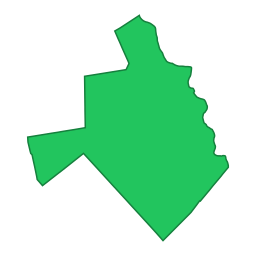 the district of Hidalgo, Coahuila, Mexico
{"feature_id": "50627088B72428644166662", "entity_name": "Hidalgo", "entity_type": "district", "adm_level": 2, "iso_a3": "MEX", "parent_name": "Mexico", "parent_adm1": "Coahuila", "projection": "albers", "projection_center": [-99.978, 27.853], "detail": "fine", "context": "isolated", "style": "filled", "palette": "green", "viewbox_px": 256, "rotation_deg": 0, "n_neighbors": 0, "source": "geoboundaries", "source_scale": "gbopen_adm2", "svg_char_len": 3643}
<svg xmlns="http://www.w3.org/2000/svg" viewBox="0 0 256 256"><path d="M42.5,185.6L54.2,176.5L55.1,175.8L56.1,175.0L59.4,172.4L59.5,172.4L69.9,164.2L83.5,153.4L83.7,153.6L85.6,155.7L85.9,156.0L99.2,170.5L102.3,173.9L114.8,187.6L115.0,187.7L116.2,189.1L121.7,195.1L126.4,200.2L130.0,204.2L144.3,219.8L148.7,224.6L155.7,232.3L155.8,232.4L163.0,240.6L190.8,212.6L191.0,212.4L194.4,207.9L194.5,207.8L199.7,200.8L200.3,201.1L202.9,198.0L209.5,190.1L213.0,185.7L219.1,178.5L221.6,175.5L221.6,175.4L222.8,173.9L228.3,167.3L228.3,167.2L228.3,166.4L228.3,165.5L227.8,163.3L227.4,162.0L226.6,160.6L225.9,158.9L225.9,158.5L225.7,157.1L225.6,156.8L225.4,156.2L225.1,155.9L224.8,155.8L224.5,155.7L223.4,155.6L222.5,155.7L222.3,155.7L221.7,156.0L221.2,156.1L220.9,156.1L220.5,155.9L220.3,155.8L220.1,155.8L219.3,155.9L219.1,155.9L218.7,155.9L218.3,155.8L217.4,155.8L216.5,155.5L216.2,155.4L215.7,155.1L215.4,155.0L215.3,154.9L215.2,154.9L214.8,154.6L214.7,154.5L214.6,154.3L214.4,154.1L214.1,153.7L213.9,153.4L213.9,153.2L213.8,152.4L213.9,151.9L214.3,150.6L214.8,149.3L215.2,148.2L215.4,146.9L215.4,146.3L215.2,145.6L214.8,144.8L214.5,143.9L213.9,142.0L213.7,140.9L213.7,139.9L213.9,138.9L214.0,137.9L214.3,137.3L214.5,136.8L214.6,136.0L214.6,135.2L214.5,134.9L214.4,134.4L214.1,133.4L213.7,132.3L213.0,131.0L212.3,129.7L212.2,129.5L212.0,129.4L211.8,129.3L210.6,128.7L209.4,127.8L208.9,127.5L208.4,127.3L207.5,126.7L206.9,126.1L206.7,125.8L206.5,125.3L206.3,124.8L205.9,124.3L204.7,123.4L204.2,123.0L204.0,122.7L203.9,122.5L203.8,122.1L203.5,120.9L203.1,119.3L202.8,118.1L202.7,117.6L202.7,117.2L203.1,115.3L203.2,114.7L203.3,114.2L203.7,113.4L204.3,112.7L204.9,112.4L205.0,112.3L205.3,111.7L206.1,110.6L206.7,109.6L207.0,109.0L207.1,108.5L207.2,107.9L207.3,107.2L207.3,106.4L207.2,105.9L206.6,104.8L206.4,104.1L205.8,102.4L205.3,101.3L204.6,100.2L204.2,99.8L203.6,99.5L202.5,99.1L201.5,98.9L200.4,98.6L200.1,98.5L199.5,98.3L197.1,97.2L196.6,96.7L195.4,95.3L194.4,94.0L193.6,92.8L193.6,92.7L194.3,91.8L194.4,91.6L194.4,91.4L194.4,90.8L194.2,90.4L193.7,89.4L193.4,88.8L193.1,88.4L192.8,88.3L192.0,88.2L190.7,88.0L190.3,87.8L189.6,87.2L189.1,86.9L188.8,86.3L188.8,86.1L188.7,85.7L188.4,84.2L188.2,83.6L188.1,82.1L188.2,80.9L188.5,80.0L189.1,78.2L190.2,76.3L190.6,75.2L190.8,74.3L191.1,72.2L191.4,69.8L191.5,68.4L191.5,67.9L191.4,67.5L191.1,67.2L190.8,67.0L190.3,66.9L187.9,66.6L187.6,66.6L185.8,66.6L185.3,66.6L183.4,66.3L181.8,66.2L179.2,66.2L178.7,66.1L178.1,66.0L177.3,65.8L176.1,65.4L175.9,65.3L174.7,64.8L172.7,63.6L172.2,63.3L171.8,63.3L171.6,63.4L171.4,63.4L170.3,63.1L168.9,62.6L168.1,62.3L167.6,62.0L167.4,61.9L167.1,61.7L166.7,61.4L166.4,61.1L166.2,60.7L165.2,59.1L164.9,58.6L164.7,58.3L164.4,57.9L164.2,57.6L163.4,55.6L163.1,54.8L162.6,53.3L162.3,52.7L161.8,52.0L160.9,50.8L160.3,49.9L159.8,49.1L159.4,48.1L158.9,46.3L158.7,45.5L158.5,44.9L158.2,43.7L157.8,42.4L157.7,42.1L157.5,41.5L157.3,40.6L157.2,37.8L156.9,36.7L156.3,35.0L156.1,33.6L155.8,31.6L155.7,30.6L155.6,28.9L155.2,27.4L154.1,26.1L152.1,24.6L151.5,24.2L150.7,23.6L149.7,23.1L147.6,22.3L145.5,21.8L144.0,21.1L143.4,20.8L142.9,20.4L142.0,19.7L140.9,18.5L140.4,17.9L140.1,17.4L139.7,16.7L139.4,15.8L139.3,15.4L120.5,27.7L119.5,28.3L114.8,31.0L118.2,38.9L119.3,41.3L120.4,43.8L122.2,48.0L126.7,58.1L126.8,58.3L128.3,61.7L128.9,63.3L129.0,63.5L126.1,69.6L125.8,69.7L109.0,72.4L89.0,75.6L84.6,76.3L85.0,107.1L85.0,110.0L85.3,127.7L74.1,129.6L62.8,131.4L57.7,132.3L52.4,133.1L33.4,136.2L27.7,137.1L28.0,142.1L30.1,151.0L30.8,153.5L32.0,154.6L32.4,156.2L32.7,157.7L33.7,162.3L34.7,166.8L36.7,176.5L36.8,177.1L37.2,179.5L42.5,185.6Z" fill="#22c55e" stroke="#15803d" stroke-width="1.5"/></svg>